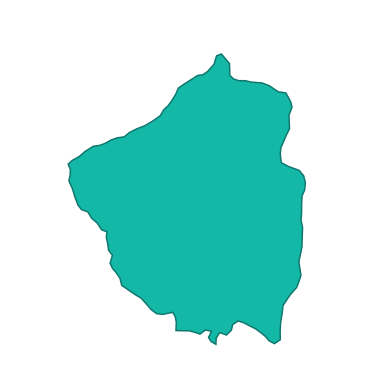 outline of Sebastianópolis do Sul, São Paulo, Brazil, rotated 195°
{"feature_id": "56859067B57428988015722", "entity_name": "Sebastianópolis do Sul", "entity_type": "district", "adm_level": 2, "iso_a3": "BRA", "parent_name": "Brazil", "parent_adm1": "São Paulo", "projection": "robinson", "projection_center": [-49.915, -20.635], "detail": "fine", "context": "isolated", "style": "filled", "palette": "teal", "viewbox_px": 384, "rotation_deg": 195, "n_neighbors": 0, "source": "geoboundaries", "source_scale": "gbopen_adm2", "svg_char_len": 1636}
<svg xmlns="http://www.w3.org/2000/svg" viewBox="0 0 384 384"><g transform="rotate(195 192 192)"><path d="M165.5,55.5L158.7,57.2L152.4,57.2L147.5,56.8L143.3,62.2L137.1,62.5L138.4,55.8L134.9,52.5L129.5,51.1L130.8,57.2L128.8,63.4L121.7,62.8L118.2,68.7L118.4,74.5L114.0,79.4L107.5,79.0L102.0,77.7L94.9,76.2L88.3,73.6L83.9,71.6L78.9,68.2L73.1,66.9L68.5,72.1L70.8,80.3L72.5,88.3L73.6,98.8L74.7,105.8L73.1,110.8L70.5,118.2L66.2,126.9L65.5,133.9L65.2,139.7L70.7,152.2L71.6,167.5L73.3,174.5L76.0,186.3L79.4,193.0L80.7,200.0L83.0,208.7L84.7,217.0L83.7,222.8L84.9,230.4L88.3,236.5L94.1,240.6L105.3,241.6L113.4,243.5L116.6,251.7L117.6,257.5L115.8,270.2L114.2,278.4L118.2,291.2L117.4,300.0L120.2,304.9L127.0,312.0L134.6,311.1L139.9,312.9L144.5,314.6L152.4,315.5L163.2,313.5L169.3,313.3L175.7,311.6L181.3,312.0L185.8,314.6L187.3,320.2L189.1,325.8L199.3,332.9L203.5,329.9L203.8,321.0L208.3,312.2L211.9,308.1L216.7,306.0L223.3,298.8L227.6,294.1L232.1,288.8L232.9,282.7L235.2,274.8L237.5,269.0L240.5,264.3L242.5,257.3L248.9,249.7L255.0,243.6L261.1,239.2L267.7,233.4L271.7,227.8L278.5,224.8L283.6,221.3L288.4,216.6L292.8,213.4L299.3,210.5L305.6,203.7L310.2,197.0L315.9,191.5L318.8,186.8L315.3,182.2L314.1,176.8L313.8,171.0L308.0,163.7L303.3,156.1L298.6,149.7L294.2,146.4L287.6,145.9L282.3,140.8L275.3,137.3L269.5,132.1L263.8,131.5L263.0,126.0L260.1,120.4L257.5,114.1L252.5,110.2L252.7,102.0L248.9,97.5L244.3,94.4L239.1,89.8L235.7,83.6L230.4,81.8L225.6,80.0L220.0,78.1L213.5,76.2L206.4,71.6L201.0,67.8L194.9,65.4L188.8,66.1L184.3,68.4L179.4,70.8L175.7,66.9L173.4,61.9L171.6,54.0L165.5,55.5Z" fill="#14b8a6" stroke="#0f766e" stroke-width="1.5"/></g></svg>